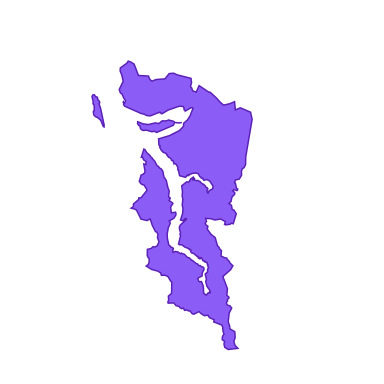 the district of Kvæfjord nor, Troms, Norway, rotated 312°
{"feature_id": "86288312B34366506977107", "entity_name": "Kvæfjord nor", "entity_type": "district", "adm_level": 2, "iso_a3": "NOR", "parent_name": "Norway", "parent_adm1": "Troms", "projection": "albers", "projection_center": [15.952, 68.656], "detail": "fine", "context": "isolated", "style": "filled", "palette": "violet", "viewbox_px": 384, "rotation_deg": 312, "n_neighbors": 0, "source": "geoboundaries", "source_scale": "gbopen_adm2", "svg_char_len": 6105}
<svg xmlns="http://www.w3.org/2000/svg" viewBox="0 0 384 384"><g transform="rotate(312 192 192)"><path d="M254.1,208.4L286.2,188.1L290.5,182.1L286.9,171.6L282.0,169.3L287.6,163.2L282.7,160.9L277.7,157.3L277.6,152.9L278.2,147.0L278.3,138.7L277.5,138.0L275.8,126.1L269.1,128.3L267.6,124.8L269.3,121.8L269.0,122.0L269.4,120.3L273.0,118.5L275.8,115.2L269.1,102.5L268.1,99.1L266.8,97.7L264.7,95.8L258.0,96.2L251.5,90.0L247.7,88.2L247.4,86.1L248.2,83.4L249.1,82.2L242.8,74.2L248.3,63.4L247.7,59.7L246.6,57.0L244.2,57.4L236.2,55.7L233.8,57.7L231.8,61.8L228.2,66.8L219.5,69.3L217.9,72.1L217.7,73.5L218.0,74.3L216.1,78.6L215.4,81.5L212.9,82.5L212.4,81.9L213.1,80.7L212.6,80.8L212.1,82.1L211.2,82.6L210.7,84.5L216.3,101.7L217.9,104.6L218.5,107.2L220.7,110.1L229.4,114.4L229.8,114.9L229.5,115.2L229.6,115.5L230.0,115.5L229.7,116.9L230.0,117.3L237.0,119.5L247.2,125.1L249.6,128.2L249.3,129.5L247.8,131.2L248.1,132.7L247.8,132.9L253.7,134.8L254.9,135.7L254.8,136.8L247.3,139.6L242.5,140.4L237.4,139.8L235.2,141.7L233.3,141.7L229.1,141.5L218.6,137.4L209.1,131.6L205.0,135.7L204.7,136.3L205.0,137.5L203.7,137.9L202.3,141.8L202.7,143.0L202.3,143.2L202.3,144.6L203.2,145.8L203.0,146.3L203.3,147.5L202.7,148.5L202.9,148.6L202.1,151.4L202.7,152.7L202.6,154.3L201.8,155.7L202.6,156.8L201.1,159.5L201.4,159.4L202.0,162.0L200.5,165.5L199.0,166.5L198.9,167.5L195.8,171.9L198.6,177.4L200.7,177.3L201.7,178.2L201.6,177.5L206.3,180.0L208.6,182.1L209.8,184.4L208.7,187.4L209.0,188.8L208.5,189.6L209.5,190.7L208.8,191.8L208.7,193.0L211.3,194.9L212.0,197.7L210.5,203.7L208.2,205.2L204.5,203.9L201.9,204.6L202.5,202.6L205.1,201.5L205.3,200.4L204.9,199.1L205.4,197.9L205.5,195.3L205.0,194.6L204.9,192.2L205.2,190.7L204.7,190.3L204.5,188.6L203.5,187.9L202.3,185.4L203.7,184.9L203.7,184.3L201.8,184.1L203.6,182.9L200.8,182.3L197.1,183.0L195.9,181.2L189.7,180.2L185.7,184.9L182.3,187.4L181.0,189.6L175.6,193.6L173.7,196.3L169.7,199.4L163.5,202.2L164.7,204.7L167.6,204.7L168.4,205.6L167.8,206.2L159.7,205.4L157.5,206.1L155.8,207.8L154.1,210.7L152.5,211.3L152.0,212.7L144.3,216.8L144.3,217.8L146.0,219.9L146.2,223.3L148.0,228.2L147.4,228.5L148.1,230.2L146.8,231.0L146.4,232.2L147.5,234.6L147.5,238.1L148.0,238.9L147.6,239.2L147.9,240.0L147.2,240.6L147.4,242.2L147.9,242.7L148.6,241.9L149.5,243.1L148.4,245.6L148.4,246.7L148.8,247.0L148.7,248.1L149.2,248.0L148.9,248.9L149.6,249.8L149.6,250.7L148.7,251.2L148.6,252.6L147.7,253.0L146.9,254.8L144.8,255.4L143.0,257.1L139.8,256.7L136.8,261.1L134.7,262.0L131.9,266.2L130.8,271.2L129.5,271.9L129.6,272.7L129.3,273.3L129.5,272.7L129.0,273.0L127.9,271.5L124.9,271.6L124.9,270.5L124.4,269.7L125.0,268.0L129.5,263.5L131.5,259.6L131.7,258.7L130.5,258.0L130.2,256.8L131.7,254.0L136.4,255.7L138.6,253.8L142.4,252.8L143.6,251.4L143.6,250.3L142.9,249.4L142.8,247.2L142.0,246.4L142.0,245.0L142.3,244.4L141.7,243.0L141.4,239.1L141.6,238.4L141.1,237.9L141.2,234.0L140.3,232.1L140.7,228.0L139.6,226.1L139.7,225.2L138.4,224.7L138.0,221.6L136.6,219.3L134.5,218.4L135.2,217.2L137.5,216.0L137.7,215.1L136.9,212.9L137.3,212.3L137.0,210.4L141.0,204.8L144.2,201.6L149.6,198.3L154.1,196.8L155.2,195.3L155.2,194.4L160.3,196.1L163.9,195.5L165.5,194.3L165.9,193.2L162.7,190.6L166.5,186.2L170.7,185.5L170.9,184.5L170.3,180.6L172.8,180.1L173.0,179.3L172.7,179.3L172.6,178.1L173.0,177.6L177.5,174.4L179.3,170.9L183.3,165.3L184.5,160.9L187.9,156.5L188.6,153.8L188.1,152.1L188.6,149.8L188.1,148.7L190.0,143.6L190.2,140.2L190.6,140.0L190.5,138.1L191.0,136.6L191.0,132.0L192.0,128.7L191.7,127.5L183.9,131.1L184.8,131.9L183.5,134.4L183.9,137.5L181.6,139.4L180.6,137.4L175.5,143.7L173.4,144.0L170.4,142.9L164.5,145.8L164.7,146.8L164.1,147.5L164.1,149.8L165.1,151.6L163.7,156.4L162.9,157.4L153.6,158.0L152.0,156.4L150.9,157.4L143.9,156.5L142.0,158.2L139.3,157.6L140.9,160.7L141.4,162.9L137.7,172.2L140.7,177.7L144.0,178.9L140.7,184.7L138.1,191.4L138.7,192.5L137.7,195.1L135.1,196.7L132.9,200.8L128.8,202.1L126.2,201.2L125.3,199.6L122.8,199.5L119.5,197.2L114.7,201.4L113.9,203.4L114.0,204.6L111.0,207.2L108.8,208.0L106.3,207.5L107.4,213.7L110.3,219.5L110.9,222.8L109.6,225.0L112.0,227.6L113.1,230.7L111.5,235.6L111.5,237.3L103.1,244.6L98.8,244.1L96.1,246.9L93.9,247.8L93.5,248.7L97.3,252.6L96.9,256.3L98.2,258.7L98.0,260.4L98.4,262.4L99.9,263.3L99.1,265.7L100.8,267.0L101.4,269.2L102.3,269.8L101.7,273.1L101.9,274.3L102.7,275.3L107.8,277.2L107.7,280.3L108.4,284.0L111.2,286.4L110.5,287.9L110.4,289.5L111.9,293.9L110.0,295.1L113.0,303.1L112.3,305.0L109.5,308.0L107.8,310.8L105.1,311.3L102.7,313.0L102.5,313.8L102.9,316.0L100.3,317.6L98.5,320.3L99.2,324.3L106.5,330.7L106.8,326.7L108.8,323.2L112.8,321.4L116.8,317.3L115.7,311.7L117.4,309.9L119.8,305.7L127.0,300.6L132.3,299.2L132.8,296.4L131.6,293.8L132.1,292.7L133.1,291.4L134.8,291.4L135.4,290.4L138.2,290.3L138.6,289.4L138.5,287.0L143.9,283.0L149.8,271.5L160.1,272.7L164.5,271.8L164.7,267.7L165.4,265.9L165.6,262.8L166.2,262.1L165.0,260.3L163.9,256.3L168.1,253.2L168.3,250.3L169.0,249.2L169.1,246.9L173.6,239.8L173.3,234.5L174.6,228.2L177.2,226.7L176.9,224.3L177.7,222.7L179.9,222.4L181.5,219.8L185.0,224.2L186.4,227.6L191.1,231.4L192.3,236.6L189.7,237.9L190.0,238.9L193.6,242.0L195.1,242.1L196.0,243.9L205.4,239.5L206.6,235.6L206.0,233.4L208.4,230.4L208.5,229.1L208.1,227.2L211.0,227.4L214.9,225.1L219.0,225.2L220.2,224.0L220.1,221.4L221.9,221.6L223.1,224.5L223.9,224.6L224.8,224.0L224.6,222.5L227.6,218.4L227.2,217.6L230.0,216.2L233.2,218.5L237.7,217.6L240.3,215.0L242.9,213.8L245.0,214.4L248.2,213.5L254.1,208.4ZM218.7,118.4L212.9,114.4L209.9,110.0L207.9,104.6L206.4,105.8L205.8,107.8L206.4,108.7L204.6,111.3L204.5,112.8L205.1,114.6L207.5,116.8L209.9,121.8L212.0,123.5L212.6,125.9L229.1,133.5L232.0,132.6L234.8,136.4L236.9,137.9L234.9,136.4L232.1,132.6L232.3,131.4L231.4,129.2L230.3,127.8L230.2,126.7L227.4,125.1L224.9,122.2L220.8,121.6L218.7,118.4ZM195.4,63.8L196.7,63.7L197.6,61.8L197.6,60.2L199.1,58.3L198.4,56.5L198.9,54.3L197.6,53.3L195.8,54.0L193.4,57.7L191.3,59.4L191.0,61.2L187.0,65.0L186.2,64.6L185.0,65.6L183.4,67.9L183.6,70.9L184.2,71.9L184.2,76.2L181.3,82.3L181.5,83.1L183.0,81.9L193.2,67.8L195.4,63.8Z" fill="#8b5cf6" stroke="#5b21b6" stroke-width="1.5"/></g></svg>